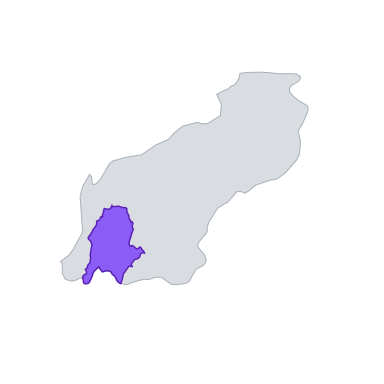 Albania, with Gjirokastër highlighted, rotated 57°
{"feature_id": "ALB-1525", "entity_name": "Gjirokastër", "entity_type": "County", "adm_level": 1, "iso_a3": "ALB", "parent_name": "Albania", "parent_adm1": "", "projection": "robinson", "projection_center": [20.177, 40.156], "detail": "fine", "context": "in_parent", "style": "filled", "palette": "violet", "viewbox_px": 384, "rotation_deg": 57, "n_neighbors": 0, "source": "natural_earth", "source_scale": "10m", "svg_char_len": 3770}
<svg xmlns="http://www.w3.org/2000/svg" viewBox="0 0 384 384"><g transform="rotate(57 192 192)"><path d="M123.7,118.1L123.9,113.0L125.3,104.9L124.5,102.2L125.3,97.6L122.8,91.4L118.6,87.0L122.7,79.1L128.6,69.6L134.1,62.1L140.7,54.2L145.2,46.7L149.9,40.2L154.0,38.2L156.1,39.6L157.1,42.4L156.9,50.8L158.2,53.7L161.1,55.8L167.0,54.8L173.6,52.7L182.5,48.3L184.0,48.5L187.3,50.8L194.2,61.0L198.8,69.9L207.8,73.0L212.8,76.5L219.2,81.8L222.3,87.1L226.8,103.3L227.3,113.2L226.0,117.7L224.9,118.8L220.9,134.8L221.9,143.0L221.9,148.3L218.5,150.5L216.2,153.8L219.9,167.2L219.5,172.8L219.6,179.3L226.3,194.2L230.2,198.8L233.7,201.0L238.2,214.7L240.9,217.0L251.8,215.7L257.1,217.3L259.2,220.5L259.7,222.7L259.0,230.4L261.7,236.3L265.4,242.4L265.4,246.1L263.0,252.1L258.6,259.2L252.9,261.9L246.5,264.2L243.5,269.7L241.9,275.6L239.1,279.9L237.3,284.7L234.7,294.4L234.0,297.9L229.7,301.5L223.0,302.9L217.0,303.2L213.0,304.9L210.9,308.2L207.1,310.9L204.8,312.1L204.8,315.1L207.6,321.3L210.8,326.3L210.8,330.4L209.3,331.5L204.4,331.0L203.3,332.5L202.8,337.0L201.5,340.9L199.5,343.2L196.0,345.8L189.6,345.0L183.5,341.1L180.4,339.9L178.6,340.0L178.1,330.5L175.5,323.2L166.0,305.5L135.0,288.4L127.7,280.7L124.6,274.3L121.4,268.2L124.5,268.0L127.5,269.6L131.4,271.4L132.9,268.4L131.3,261.7L123.4,246.1L122.8,241.8L126.7,228.8L133.3,214.2L132.9,196.4L135.0,183.1L132.8,174.4L131.7,163.7L136.5,149.6L140.6,146.1L143.1,141.6L143.3,126.5L134.2,119.5L123.7,118.1Z" fill="#d9dde1" stroke="#a8b0b8" stroke-width="1"/><path d="M230.5,301.6L227.3,303.1L225.2,303.2L220.7,302.6L219.2,303.0L217.9,303.7L215.1,303.4L213.5,304.1L212.3,305.3L211.4,306.9L210.7,308.8L210.3,310.6L208.9,310.9L204.7,311.0L203.7,311.3L204.1,312.1L205.4,318.4L205.8,319.0L207.8,320.9L211.7,327.0L212.1,328.8L211.4,330.8L209.9,332.3L208.5,332.1L207.0,331.3L203.8,330.1L203.7,329.6L202.7,328.3L203.0,325.8L202.7,325.0L202.3,324.4L201.6,324.0L201.0,323.8L199.8,323.8L198.8,323.6L198.6,321.9L198.3,321.1L197.5,320.3L196.7,319.2L196.4,318.4L195.8,316.3L195.4,315.8L193.9,314.6L192.0,312.7L191.5,312.4L191.0,312.4L190.0,312.0L188.6,311.0L182.0,304.9L181.1,304.5L180.5,304.4L178.4,303.8L177.9,303.8L177.3,303.9L175.7,304.4L174.6,304.4L173.9,304.0L173.4,303.3L171.6,298.9L170.8,297.1L169.6,295.4L169.2,294.6L169.1,293.6L167.6,290.1L164.8,287.8L164.6,287.5L164.4,287.1L164.9,286.6L165.0,286.2L165.0,285.7L164.7,284.4L164.3,283.5L163.5,282.5L163.3,282.0L163.2,281.7L163.4,281.6L164.1,281.1L164.3,280.8L164.3,280.6L164.2,280.5L163.2,280.2L162.9,280.0L162.5,279.6L161.0,277.6L158.6,275.3L158.2,274.7L158.2,274.4L158.8,274.0L160.0,272.7L160.7,271.8L161.2,270.9L161.4,270.0L161.3,269.4L161.0,268.6L159.7,266.5L160.9,266.8L161.1,266.5L161.4,266.1L163.8,261.5L164.3,260.9L166.9,259.0L167.5,258.3L168.0,257.6L168.5,256.7L169.0,256.2L169.4,256.0L170.5,255.8L173.2,257.4L175.0,257.7L176.9,257.7L180.2,259.3L182.1,259.0L182.7,259.1L183.5,259.6L184.0,259.8L184.3,259.7L184.5,259.2L184.5,258.9L184.6,258.3L186.3,258.8L187.1,259.6L187.7,260.6L188.3,261.0L189.1,261.3L190.4,261.3L191.1,261.5L191.5,261.8L193.4,264.3L193.6,264.7L199.5,271.7L200.5,272.6L201.3,273.0L203.1,273.4L203.7,273.5L204.0,272.3L204.2,271.8L204.3,271.6L204.4,271.3L204.8,271.0L205.8,270.4L208.3,269.9L209.1,269.6L209.8,269.0L210.0,268.0L210.0,267.1L209.8,266.2L209.9,265.5L210.7,265.2L212.2,265.3L215.9,264.8L217.3,265.1L216.5,265.8L216.3,266.2L216.0,266.7L215.8,267.4L215.7,268.3L216.0,269.0L217.4,270.6L218.0,271.4L218.2,272.2L218.3,273.8L217.5,276.7L217.6,277.4L219.2,282.0L219.4,282.2L220.6,282.5L221.3,282.5L221.8,282.6L222.0,282.8L221.8,283.1L220.9,284.0L220.5,284.5L220.2,285.0L220.2,285.5L220.2,286.2L220.4,286.8L222.5,291.8L223.0,293.7L223.6,294.5L227.6,298.4L228.8,300.1L230.4,301.6L230.5,301.6L230.5,301.6Z" fill="#8b5cf6" stroke="#5b21b6" stroke-width="1.5"/></g></svg>